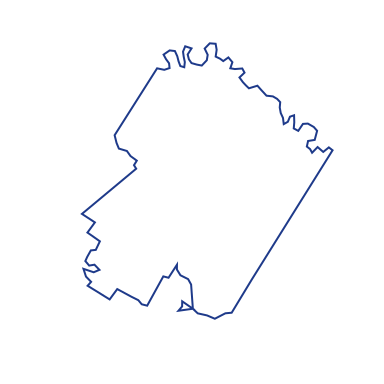 Gaurama, Rio Grande do Sul, Brazil, rotated 214°
{"feature_id": "56859067B15620852620787", "entity_name": "Gaurama", "entity_type": "district", "adm_level": 2, "iso_a3": "BRA", "parent_name": "Brazil", "parent_adm1": "Rio Grande do Sul", "projection": "robinson", "projection_center": [-52.104, -27.593], "detail": "fine", "context": "isolated", "style": "outline", "palette": "blue", "viewbox_px": 384, "rotation_deg": 214, "n_neighbors": 0, "source": "geoboundaries", "source_scale": "gbopen_adm2", "svg_char_len": 1585}
<svg xmlns="http://www.w3.org/2000/svg" viewBox="0 0 384 384"><g transform="rotate(214 192 192)"><path d="M290.1,275.0L287.9,195.8L282.0,190.5L276.9,187.1L268.9,189.6L263.0,187.4L255.3,187.1L255.1,181.8L251.3,180.1L271.0,112.3L255.5,112.5L256.0,99.9L240.8,99.6L239.4,90.2L243.2,87.0L242.6,79.7L241.8,75.1L236.1,73.5L232.2,77.2L225.2,75.7L228.6,70.5L239.0,67.6L232.6,62.6L225.4,61.1L226.1,55.9L200.2,56.9L199.7,69.7L183.6,71.3L176.0,72.3L170.9,70.8L165.6,72.7L168.6,106.0L163.5,107.8L163.8,123.3L161.2,119.3L155.0,116.5L146.5,117.6L141.0,114.8L126.0,95.7L119.4,94.6L110.5,98.1L102.2,99.7L96.5,110.1L91.6,114.1L93.5,153.0L96.1,227.2L98.8,305.2L103.5,305.5L105.6,298.6L113.0,299.5L114.4,291.7L118.1,293.6L122.2,293.9L124.3,299.2L119.4,303.8L122.5,312.7L127.4,314.0L134.2,313.5L138.1,310.5L138.1,302.1L143.2,301.6L146.2,307.0L150.3,312.7L152.9,309.2L151.8,303.8L153.9,299.6L158.0,304.3L162.6,307.1L166.5,311.1L169.1,315.8L173.5,316.8L178.4,316.5L184.1,313.5L191.3,315.2L197.2,316.7L202.8,309.8L206.8,310.5L211.2,311.5L216.7,313.5L215.2,320.3L219.4,322.5L225.2,317.9L229.4,316.0L231.1,322.2L237.1,323.9L239.3,318.0L243.2,318.2L248.1,317.5L251.1,323.7L255.3,328.1L260.4,325.2L261.7,318.0L255.7,314.5L253.4,309.5L254.6,302.3L259.3,300.3L264.5,298.6L268.8,300.3L272.5,303.6L272.7,310.8L279.1,309.0L277.9,303.3L274.5,299.5L270.6,295.7L268.2,291.1L272.1,289.9L276.3,292.9L280.1,296.3L285.0,299.3L289.7,296.9L292.4,290.0L287.8,287.6L283.0,285.9L279.9,282.2L283.3,277.8L290.1,275.0ZM126.0,95.7L139.0,95.9L136.2,91.6L136.8,86.0L126.0,95.7Z" fill="none" stroke="#1e3a8a" stroke-width="2"/></g></svg>